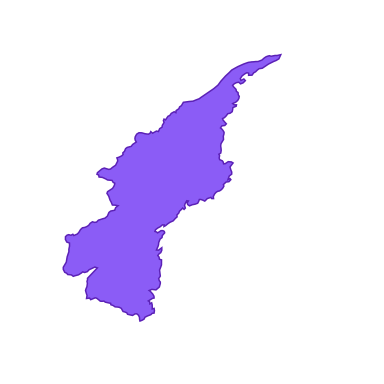 Araguanã, Tocantins, Brazil (Equal Earth projection), rotated 56°
{"feature_id": "56859067B14551772321426", "entity_name": "Araguanã", "entity_type": "district", "adm_level": 2, "iso_a3": "BRA", "parent_name": "Brazil", "parent_adm1": "Tocantins", "projection": "equal_earth", "projection_center": [-48.525, -6.736], "detail": "fine", "context": "isolated", "style": "filled", "palette": "violet", "viewbox_px": 384, "rotation_deg": 56, "n_neighbors": 0, "source": "geoboundaries", "source_scale": "gbopen_adm2", "svg_char_len": 4760}
<svg xmlns="http://www.w3.org/2000/svg" viewBox="0 0 384 384"><g transform="rotate(56 192 192)"><path d="M112.8,149.0L114.5,152.5L114.5,154.7L115.6,156.3L115.6,159.6L117.2,161.0L115.5,161.9L115.2,165.2L116.1,167.6L115.8,169.6L117.4,173.6L115.9,174.4L116.8,175.8L118.7,176.3L119.4,177.7L120.1,179.3L121.5,180.6L121.4,183.4L123.1,186.0L121.6,187.4L121.2,191.8L118.9,192.4L119.8,193.8L119.7,195.8L117.5,198.3L114.9,200.5L113.2,202.8L113.1,205.5L114.4,208.1L115.6,209.3L117.2,210.1L119.4,210.2L119.4,214.7L120.2,216.8L118.8,220.8L118.9,222.8L120.5,225.2L120.9,227.5L122.4,228.2L122.7,230.1L122.3,233.0L121.7,235.2L123.5,235.6L124.8,236.3L127.1,240.4L127.1,244.0L127.4,246.7L126.7,248.4L123.1,251.3L122.5,253.7L123.1,259.6L124.2,260.9L125.7,259.9L127.6,260.7L129.8,258.1L133.1,256.1L134.8,255.3L137.7,251.8L140.0,252.0L141.5,251.1L142.7,252.2L143.7,253.8L144.6,255.9L144.5,261.8L145.6,263.3L147.2,263.3L149.1,263.4L151.5,264.1L153.1,264.5L154.8,264.6L158.3,265.3L159.9,263.1L162.0,261.0L162.3,264.1L163.9,266.3L162.3,270.1L162.5,272.3L164.7,275.7L165.0,278.9L164.3,280.8L163.5,283.7L163.0,285.3L163.6,288.0L162.6,289.9L161.0,291.2L161.0,293.9L161.8,296.1L161.9,297.9L161.5,300.4L160.4,302.9L160.8,305.4L162.3,308.6L162.7,310.7L162.0,314.3L160.4,314.4L160.2,316.5L158.4,318.1L157.9,319.8L158.3,321.9L160.6,323.5L163.5,323.8L165.8,322.1L168.4,323.8L170.6,326.1L172.6,327.4L175.9,331.7L179.9,335.5L182.4,340.8L184.2,342.0L187.4,342.4L189.3,341.3L190.9,341.2L193.3,338.3L195.5,337.6L196.0,335.8L197.2,332.4L197.3,329.1L197.1,327.3L198.7,326.0L199.5,323.3L198.9,320.7L199.3,318.4L199.9,314.5L202.0,312.9L205.1,326.9L206.4,327.7L207.3,329.0L209.2,329.8L211.7,332.0L213.2,334.3L214.2,335.4L216.7,336.2L219.1,336.9L221.3,339.0L222.7,336.2L224.6,336.2L225.6,331.4L226.8,330.4L229.3,329.6L231.2,329.1L232.3,327.7L233.2,326.0L234.8,325.5L236.3,324.1L238.8,321.7L240.1,322.3L241.9,320.9L244.2,320.0L245.7,318.1L246.9,316.8L248.9,315.7L252.5,316.0L253.9,314.8L255.6,313.6L257.3,313.8L259.3,312.0L261.1,310.3L261.2,307.4L262.1,305.9L264.2,305.3L266.4,305.6L268.5,306.8L269.9,307.3L270.4,305.2L270.6,302.9L269.5,301.0L269.9,298.0L270.7,294.7L270.3,292.8L271.2,291.2L269.4,289.5L267.3,288.5L266.7,290.4L265.2,289.3L263.3,288.1L261.3,287.4L261.2,289.5L259.2,288.5L257.9,289.1L258.1,284.2L258.7,282.7L257.1,281.8L254.6,281.6L251.1,282.1L249.7,282.6L250.3,279.7L253.0,276.6L252.5,272.2L250.2,269.5L248.9,268.6L247.3,268.7L245.2,268.1L244.0,265.3L238.5,262.5L237.1,260.4L235.4,258.1L232.5,256.1L231.2,255.2L229.5,256.6L227.5,255.7L225.5,255.9L224.8,253.7L224.8,251.8L223.4,249.6L221.3,248.2L221.5,252.3L220.2,253.9L217.7,250.0L216.6,248.9L215.4,248.0L213.2,244.8L213.0,242.3L211.5,241.0L210.6,237.5L209.2,237.0L207.8,237.7L206.7,239.3L206.7,241.5L206.6,243.4L205.2,243.8L204.0,244.8L202.9,243.4L202.7,240.6L203.0,237.7L202.7,234.9L203.8,233.5L204.9,234.5L205.1,232.7L204.8,229.8L204.8,227.2L205.4,223.7L204.6,220.7L204.3,218.3L202.6,217.3L202.1,214.8L200.9,213.1L200.5,210.4L200.1,208.7L202.0,208.3L201.6,206.5L199.0,205.7L197.8,204.2L196.3,201.2L197.4,200.0L198.4,202.1L200.0,202.6L202.1,201.8L202.7,198.9L203.8,196.3L204.5,193.6L203.5,191.7L202.3,190.1L203.2,188.8L204.8,187.6L206.7,186.5L206.4,184.7L206.0,183.0L207.0,179.4L208.4,179.4L209.5,177.8L207.7,176.9L206.2,174.2L205.7,172.0L205.8,170.3L206.5,168.6L206.5,166.3L206.0,164.3L205.0,162.3L203.4,161.8L202.8,158.2L204.1,155.6L203.5,152.9L202.1,153.0L201.8,155.2L199.6,152.2L199.4,149.1L197.7,147.9L195.2,147.4L192.5,146.5L190.9,141.7L189.1,142.5L187.1,145.0L187.1,148.6L186.3,150.1L184.8,149.4L183.1,149.4L180.6,151.0L178.9,150.4L177.3,148.8L175.7,148.6L175.8,146.4L173.8,144.5L171.8,143.4L169.9,142.5L168.2,141.0L166.1,136.5L163.3,134.9L161.7,133.0L160.4,132.0L158.4,131.9L156.6,132.0L154.8,132.6L153.9,130.2L155.2,127.6L154.7,125.4L151.9,125.8L149.6,126.0L148.2,125.6L148.5,123.5L148.0,121.0L147.1,118.6L148.0,116.4L147.9,113.8L146.6,112.4L144.9,110.9L145.6,107.4L144.6,106.4L143.3,108.3L141.4,108.8L142.0,105.6L141.7,103.0L140.7,100.9L139.1,99.3L137.3,99.3L135.3,98.2L133.4,98.9L131.5,98.1L128.0,98.7L126.3,98.7L125.9,96.3L126.2,93.9L127.2,91.8L129.5,91.3L130.1,88.6L129.5,85.5L127.3,85.8L126.9,89.0L125.0,88.6L123.8,85.7L123.6,83.4L123.6,81.5L123.8,79.8L125.2,78.6L126.9,79.8L128.7,76.9L127.7,74.2L127.9,72.1L127.4,69.5L127.3,67.4L128.7,64.5L128.7,57.0L129.5,51.0L130.0,48.9L130.2,45.5L127.8,41.6L126.4,45.2L125.3,46.7L124.5,48.6L123.7,50.5L122.3,51.6L121.7,53.3L121.3,55.0L121.3,57.2L121.7,60.3L120.8,64.2L119.4,66.4L118.4,68.3L117.5,69.8L116.0,72.9L114.8,77.5L113.7,83.8L113.4,87.0L113.1,90.9L113.8,94.3L114.2,96.9L114.6,99.4L116.3,106.2L116.9,107.8L117.9,110.6L118.5,116.2L118.6,131.9L118.7,133.9L117.8,137.7L117.3,140.3L116.4,141.9L115.3,143.9L112.8,149.0Z" fill="#8b5cf6" stroke="#5b21b6" stroke-width="1.5"/></g></svg>